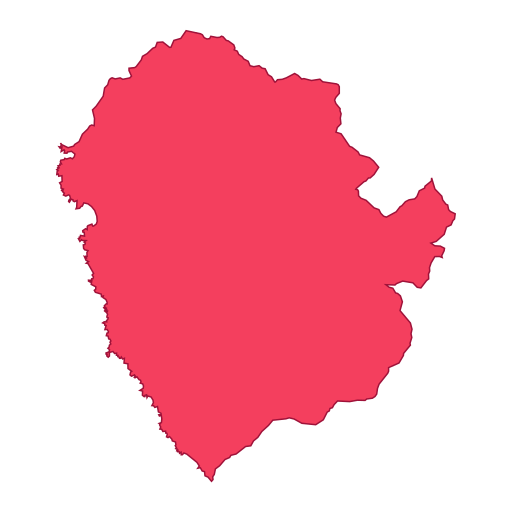 the district of Casma, Áncash, Peru
{"feature_id": "86281439B42439705570298", "entity_name": "Casma", "entity_type": "district", "adm_level": 2, "iso_a3": "PER", "parent_name": "Peru", "parent_adm1": "Áncash", "projection": "albers", "projection_center": [-78.251, -9.498], "detail": "fine", "context": "isolated", "style": "filled", "palette": "rose", "viewbox_px": 512, "rotation_deg": 0, "n_neighbors": 0, "source": "geoboundaries", "source_scale": "gbopen_adm2", "svg_char_len": 5923}
<svg xmlns="http://www.w3.org/2000/svg" viewBox="0 0 512 512"><path d="M339.3,86.7L338.2,84.7L336.5,83.9L322.7,81.8L319.9,79.2L311.5,80.5L303.9,78.6L301.7,79.0L298.0,75.4L294.6,73.5L286.4,77.8L282.3,79.3L277.5,79.7L275.5,82.0L274.7,82.0L271.5,76.8L268.1,74.7L265.1,68.7L262.2,68.2L259.1,65.7L253.8,66.7L250.0,65.7L248.2,61.3L243.8,59.0L242.1,56.7L238.7,54.4L237.3,51.2L234.2,49.8L234.9,48.0L233.8,44.9L228.3,40.9L226.3,40.4L223.1,36.8L221.5,36.2L219.7,37.3L217.0,37.5L210.8,36.3L209.6,38.6L207.0,39.0L204.2,37.7L202.4,34.8L200.6,33.8L186.1,30.7L180.8,38.4L173.9,40.4L170.9,47.3L169.6,47.4L162.8,42.0L157.2,42.4L155.5,47.1L152.7,48.3L147.0,53.7L142.5,56.3L141.3,59.9L136.2,66.6L134.7,67.6L129.0,68.2L129.0,70.6L131.5,76.1L129.8,77.9L122.8,79.3L120.2,77.9L115.2,78.9L112.1,77.8L110.4,78.6L109.0,80.3L107.7,84.8L104.6,88.0L103.2,96.2L96.1,106.3L92.5,109.9L94.5,118.4L94.2,125.7L91.7,125.0L89.7,126.0L87.7,129.1L82.4,134.2L79.1,141.6L74.6,144.5L73.7,146.1L68.1,147.7L61.9,144.7L60.5,143.1L61.4,145.0L60.3,147.0L59.1,146.8L60.1,148.2L61.9,147.2L61.2,151.5L64.0,149.8L64.6,150.7L64.2,153.1L67.0,153.2L67.6,152.0L71.5,151.3L74.9,154.0L74.3,156.7L72.4,158.8L70.4,157.8L66.5,159.0L64.8,158.3L64.2,159.6L60.8,160.2L60.3,161.9L61.5,163.9L59.8,164.1L60.0,165.3L58.0,165.8L59.0,167.7L57.7,167.8L58.1,168.8L56.8,169.6L58.1,170.7L57.2,171.1L56.8,174.5L58.3,174.1L58.7,176.2L61.9,175.7L62.1,181.5L59.6,182.8L61.1,185.3L61.0,188.1L63.4,189.1L62.6,190.2L61.0,190.1L62.9,191.1L62.6,191.7L64.3,193.2L63.4,195.0L65.8,196.1L68.6,194.9L69.6,195.4L70.5,198.3L68.9,200.2L68.6,201.5L69.4,202.2L71.2,199.2L73.0,199.8L73.0,200.8L74.4,201.7L77.0,200.6L76.7,207.2L76.0,208.8L79.6,208.3L81.2,206.3L82.3,206.1L83.8,202.9L87.9,203.8L91.5,206.5L94.7,210.5L96.8,216.2L97.2,221.4L96.3,224.0L93.5,226.1L92.6,226.0L91.9,224.1L88.0,225.6L87.3,226.4L87.2,229.6L85.6,228.7L82.7,230.7L82.9,232.1L84.2,232.3L84.5,236.1L80.5,235.4L80.3,236.9L79.3,237.2L79.6,238.3L78.4,238.6L79.9,241.4L81.5,239.7L82.2,240.4L86.0,240.6L84.1,242.1L85.3,243.0L84.9,244.5L83.3,244.9L83.6,248.4L84.7,249.8L88.0,250.6L86.9,252.6L87.1,256.5L85.7,256.3L86.2,257.8L84.5,256.8L86.0,260.3L88.5,261.6L86.3,263.2L88.0,263.6L93.6,273.4L92.1,275.0L93.5,276.9L92.9,278.7L91.7,278.8L91.7,280.1L90.3,280.2L90.6,280.8L88.5,280.2L88.5,281.1L90.3,282.1L91.7,281.3L91.2,284.4L95.8,286.8L95.7,289.2L94.3,290.3L95.4,292.3L101.2,294.1L101.5,296.6L103.3,296.0L102.9,297.5L105.9,299.5L107.1,302.2L107.1,303.9L106.3,303.8L104.4,305.7L104.8,306.7L103.7,307.6L104.8,308.8L105.6,307.8L106.3,308.1L105.4,309.6L107.3,309.4L104.7,311.0L105.6,311.8L106.4,310.9L107.5,311.1L106.7,312.8L107.6,314.2L106.9,316.5L107.0,317.5L108.2,317.8L107.9,319.2L106.4,320.8L106.7,321.8L104.2,321.8L102.7,322.9L104.7,323.7L104.8,325.2L106.1,325.5L104.9,329.6L107.2,329.5L108.4,331.5L108.2,332.7L107.0,333.1L106.3,335.7L108.1,336.1L108.7,338.9L110.1,339.3L110.9,341.0L110.0,342.2L110.8,344.0L109.4,345.2L109.1,347.1L107.9,348.3L109.5,349.6L109.1,351.8L106.0,353.0L106.2,354.3L107.1,354.4L106.8,355.9L108.2,357.2L109.4,356.1L109.5,352.4L113.0,351.5L114.6,353.5L116.6,353.2L116.4,355.2L118.0,355.4L117.8,356.6L119.3,357.3L119.5,358.3L120.6,358.3L121.3,357.0L122.6,359.0L124.4,358.3L124.0,363.1L127.9,363.8L128.0,368.6L131.7,371.3L130.6,372.1L130.0,374.9L131.5,376.2L134.5,374.9L135.2,376.0L134.3,377.4L135.0,377.8L136.9,376.8L139.1,379.7L140.5,380.2L141.0,381.8L140.2,383.1L142.7,383.9L143.5,386.0L143.2,388.3L139.9,390.4L142.6,391.1L142.4,395.2L144.2,396.7L145.0,396.5L144.9,395.4L146.6,394.8L147.0,397.5L147.8,396.0L151.1,397.0L153.0,400.1L153.4,402.7L151.9,405.6L153.6,405.7L154.8,407.4L157.5,406.5L158.4,411.9L161.0,413.3L161.1,414.7L158.8,414.8L159.4,416.0L161.3,415.4L161.8,418.9L161.4,422.6L159.2,423.4L160.1,423.9L159.6,424.9L160.7,427.0L159.9,429.1L161.6,429.2L162.9,431.5L165.6,431.2L165.8,433.1L166.7,433.1L167.3,434.4L166.5,436.8L168.0,437.6L169.5,436.6L171.8,439.1L172.3,440.9L175.5,442.0L175.9,444.8L175.2,445.7L176.4,447.6L175.7,448.6L177.2,449.1L176.8,450.7L177.9,450.4L177.7,451.7L179.5,451.9L179.6,453.2L181.1,452.3L181.2,454.8L182.4,454.7L183.9,453.0L186.8,454.1L196.9,462.3L199.3,466.0L197.8,468.2L200.3,467.7L202.2,471.0L204.5,471.6L205.0,475.8L208.0,477.1L211.5,481.3L213.0,479.6L212.7,476.8L214.3,474.4L215.4,468.9L219.6,465.8L225.0,459.5L229.6,457.5L230.9,455.3L236.1,454.0L245.6,446.5L250.8,445.8L253.5,440.9L257.8,437.4L261.8,431.5L268.5,425.4L272.8,420.2L285.9,418.8L289.2,417.8L294.1,419.0L301.9,423.3L315.7,424.7L323.3,419.8L327.2,412.1L329.3,410.9L329.9,408.5L332.4,407.7L334.1,404.6L337.5,401.0L349.7,401.6L357.4,400.2L365.1,400.4L366.7,399.0L372.4,398.2L375.0,396.5L376.7,394.1L377.5,388.4L379.1,384.1L387.7,373.3L388.6,371.2L388.6,367.6L399.0,363.0L403.4,355.5L403.6,353.4L410.4,345.1L410.0,343.3L411.8,337.5L411.0,333.8L412.0,329.2L410.4,323.0L400.0,310.6L402.4,301.8L400.4,295.9L397.7,293.5L395.6,292.9L392.8,288.2L389.0,287.2L385.9,284.7L395.0,285.0L396.5,283.6L402.7,281.1L412.9,282.8L417.2,287.3L420.9,287.9L426.6,280.5L428.7,278.9L428.5,274.0L429.7,271.1L429.5,267.6L431.1,262.9L434.8,256.6L439.5,256.5L442.2,257.5L441.7,255.8L444.1,250.8L444.5,248.3L440.3,246.1L434.8,245.8L430.9,243.1L436.2,241.4L444.2,234.3L446.5,227.1L451.1,224.9L452.9,220.6L454.5,219.0L455.2,213.8L450.4,211.5L448.6,209.6L447.7,205.0L445.9,204.2L442.7,200.0L441.8,196.2L434.9,189.0L431.6,177.9L431.4,181.0L425.0,186.2L424.6,188.1L419.3,190.8L416.9,196.6L414.7,198.9L409.1,199.8L405.4,201.7L401.8,205.8L400.1,206.7L396.2,211.8L386.4,217.1L383.6,216.2L380.8,213.3L378.9,209.6L374.1,207.9L366.1,200.3L360.9,198.2L358.6,195.8L358.4,191.1L357.6,189.7L355.8,189.3L356.4,188.3L364.0,181.7L365.9,181.0L368.4,178.0L370.2,177.9L374.1,174.4L378.7,167.3L373.5,161.0L369.5,157.7L359.6,154.9L358.1,152.0L352.1,147.3L349.6,146.3L341.1,133.8L336.0,132.2L337.3,127.5L340.9,123.8L340.3,118.1L341.1,113.8L340.0,110.7L340.1,108.7L335.9,103.6L334.6,100.1L335.8,97.4L339.3,93.3L339.3,86.7Z" fill="#f43f5e" stroke="#9f1239" stroke-width="1.5"/></svg>